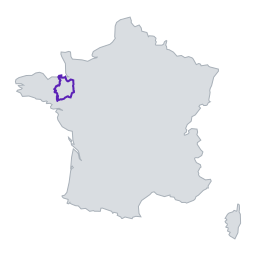 France, with Ille-et-Vilaine highlighted
{"feature_id": "FRA-5308", "entity_name": "Ille-et-Vilaine", "entity_type": "Metropolitan department", "adm_level": 1, "iso_a3": "FRA", "parent_name": "France", "parent_adm1": "", "projection": "mercator", "projection_center": [-1.688, 48.172], "detail": "fine", "context": "in_parent", "style": "outline", "palette": "violet", "viewbox_px": 256, "rotation_deg": 0, "n_neighbors": 0, "source": "natural_earth", "source_scale": "10m", "svg_char_len": 5812}
<svg xmlns="http://www.w3.org/2000/svg" viewBox="0 0 256 256"><path d="M210.2,101.8L208.3,102.8L207.1,105.0L205.9,105.5L203.7,105.5L202.6,104.2L200.0,105.0L198.9,106.4L200.5,108.1L195.3,114.9L191.9,116.7L191.2,121.2L187.3,124.5L185.8,128.0L185.7,128.7L186.7,129.8L186.3,132.1L184.3,133.5L184.3,135.0L184.9,135.2L187.9,134.0L189.1,132.7L188.4,130.8L191.5,128.6L197.0,129.1L197.6,132.1L196.9,134.7L200.8,140.1L197.4,142.6L197.2,144.3L200.7,149.7L202.9,151.9L201.7,155.5L198.0,157.8L195.7,157.6L194.6,158.2L194.7,159.3L196.4,162.6L200.4,164.7L201.0,167.1L199.9,168.0L198.0,171.7L198.8,173.5L198.5,174.3L198.9,175.6L200.0,176.8L205.5,179.9L210.5,179.3L211.2,181.1L208.1,185.9L208.3,188.0L206.7,188.0L206.4,188.8L203.3,190.4L198.4,195.2L196.0,196.6L195.1,199.0L193.7,200.3L186.6,203.1L185.2,202.4L181.8,202.5L179.6,200.8L175.4,199.7L174.1,197.2L170.2,196.7L170.0,195.0L164.5,196.6L156.8,194.3L154.1,191.8L151.9,192.4L149.9,194.6L141.6,200.5L138.4,206.4L139.0,213.4L140.9,216.8L135.8,216.3L132.8,217.3L132.1,218.7L125.0,217.0L122.3,218.5L121.6,218.4L120.7,216.9L117.2,215.3L117.7,214.1L117.2,213.1L113.9,212.3L112.8,213.3L111.6,211.3L102.4,208.1L100.9,208.2L100.3,211.3L94.3,211.2L93.5,210.6L89.7,211.3L85.6,208.4L81.1,208.9L78.3,205.9L75.6,205.7L71.8,204.2L70.1,203.3L69.9,202.4L68.7,203.8L67.3,203.5L67.0,203.1L67.9,201.4L68.1,199.4L63.4,198.0L62.1,196.6L62.1,195.8L64.6,195.2L66.9,192.4L69.1,182.5L70.7,170.6L71.9,168.4L73.4,167.7L72.2,166.1L70.7,168.3L71.6,157.3L73.3,148.9L77.3,152.4L78.3,153.8L79.4,158.8L81.7,160.8L80.2,158.8L78.8,152.3L77.9,150.4L71.5,144.9L71.3,143.6L74.1,144.3L72.9,140.1L72.3,131.3L68.4,130.4L62.2,126.7L57.9,119.9L57.4,117.4L58.5,114.7L57.6,113.0L55.7,111.8L57.1,109.4L58.4,109.2L62.9,110.5L59.2,108.3L53.3,109.1L50.9,108.3L50.5,106.7L52.1,104.6L50.1,103.3L46.7,103.6L46.3,103.1L47.3,101.6L46.4,101.0L43.7,101.6L42.1,101.1L40.6,99.4L36.1,99.0L35.1,98.0L28.9,96.0L22.4,96.4L20.6,93.0L16.7,91.3L17.5,90.2L21.4,89.2L22.2,88.2L19.3,86.8L18.3,85.4L23.6,85.1L21.2,83.6L16.0,83.7L15.4,81.6L16.0,79.5L19.0,77.6L26.4,75.5L31.9,75.4L35.7,73.0L39.5,72.3L43.0,73.5L47.9,79.5L51.8,76.9L57.6,77.0L58.8,78.5L60.3,75.7L61.6,77.3L68.7,76.8L67.0,75.7L65.7,73.1L65.4,63.6L61.8,56.7L60.9,54.1L61.1,52.0L65.3,52.4L68.8,51.4L70.5,52.0L70.9,56.5L72.4,59.1L82.1,59.9L87.7,61.3L92.5,58.8L96.9,57.7L97.2,57.1L94.7,57.3L92.4,56.2L92.0,55.0L93.3,51.5L100.0,47.6L109.9,44.3L112.5,42.1L115.4,38.1L114.7,37.0L115.2,26.0L116.6,22.4L120.4,19.7L130.1,17.1L131.3,20.6L131.2,22.6L133.7,25.7L135.0,26.7L139.2,25.0L141.2,27.9L141.8,31.2L146.9,32.5L148.4,36.7L149.3,35.8L152.5,36.0L154.0,36.3L156.0,38.2L155.4,40.7L156.3,41.9L155.4,44.2L156.0,45.2L161.9,45.2L163.6,44.2L164.4,41.9L166.2,40.5L166.8,40.9L165.7,45.2L166.5,46.3L166.9,49.4L169.1,49.7L173.4,52.1L177.0,56.2L181.4,55.5L184.9,57.7L188.6,56.6L192.0,57.8L193.2,59.0L196.3,64.6L198.8,63.5L200.5,64.2L201.1,65.8L207.6,64.8L208.8,66.4L210.1,67.0L218.4,69.1L218.4,71.2L213.7,77.2L211.6,85.6L210.2,88.5L209.7,90.7L210.1,92.2L209.8,94.5L208.8,99.9L209.4,101.5L210.2,101.8ZM239.5,208.8L239.1,211.9L240.3,214.2L240.6,223.2L238.3,227.5L237.9,232.8L234.9,238.9L230.3,236.2L228.9,234.7L230.2,232.3L227.5,231.0L228.2,228.7L227.9,227.6L226.0,227.4L225.9,226.8L227.3,225.1L227.3,223.9L225.5,222.6L225.1,221.3L226.9,219.9L226.1,218.7L225.1,218.4L227.5,214.3L229.1,213.0L232.7,211.9L234.1,210.4L236.5,211.2L236.9,210.8L237.7,204.2L238.5,204.2L239.3,205.0L239.5,208.8ZM71.8,140.6L71.2,142.5L68.8,139.1L68.5,137.3L71.8,140.6Z" fill="#d9dde1" stroke="#a8b0b8" stroke-width="1"/><path d="M59.6,79.5L59.4,79.3L59.4,79.1L59.2,78.7L59.2,78.3L59.3,78.3L59.4,78.5L59.6,78.6L59.5,78.4L59.3,78.2L59.2,78.2L58.8,78.0L58.5,77.3L58.4,77.0L58.4,76.8L58.6,76.6L58.7,76.4L59.0,76.4L59.0,76.1L59.1,75.9L59.8,75.9L59.7,75.7L61.3,75.4L61.3,75.5L61.2,75.6L61.3,75.7L61.4,75.9L61.0,76.5L61.0,77.1L61.4,77.5L62.1,77.7L63.2,77.7L64.4,77.5L65.2,77.1L65.3,77.0L65.4,77.3L65.4,77.6L65.6,77.9L65.8,78.4L65.9,78.7L66.0,78.8L66.1,79.2L66.1,79.4L66.3,79.7L66.7,80.5L66.9,80.7L67.2,80.9L67.4,81.1L67.5,81.2L67.8,81.3L68.1,81.3L68.6,81.1L68.8,81.0L69.1,80.6L69.3,80.5L69.7,80.4L69.8,80.3L69.9,80.2L70.1,80.1L70.3,79.7L70.7,79.5L71.1,79.6L72.7,80.0L72.9,80.3L73.3,80.4L73.3,81.4L73.3,81.8L73.3,82.2L73.5,84.0L73.5,84.5L73.4,84.8L73.1,85.5L73.0,85.9L73.0,86.1L73.1,86.3L73.2,86.6L73.3,86.7L73.3,86.8L73.3,87.3L73.5,88.1L73.5,88.3L73.4,88.4L73.4,88.5L73.5,90.1L73.5,90.3L73.8,90.6L73.9,90.8L73.9,91.2L73.9,91.5L74.0,91.9L74.0,92.1L73.9,92.2L73.8,92.3L73.7,92.4L73.5,92.5L73.4,92.5L72.8,92.5L72.6,92.6L72.3,92.7L72.2,92.9L71.9,93.2L71.9,93.3L71.8,93.5L71.7,93.8L71.5,94.6L71.4,95.0L71.3,95.3L71.2,95.6L71.0,96.2L71.0,96.4L70.9,96.5L70.6,97.4L69.0,97.1L68.8,97.0L68.6,96.9L68.6,96.7L68.4,96.5L68.3,96.4L68.1,96.4L67.8,96.3L67.3,96.4L67.1,96.5L66.9,96.7L65.3,97.5L64.9,97.7L64.8,97.9L64.7,98.0L64.5,98.3L64.2,98.6L63.8,98.8L61.9,99.4L61.7,99.5L61.4,99.4L61.0,99.2L59.8,99.6L59.5,99.8L59.0,99.8L58.5,99.9L58.4,99.9L58.3,100.0L58.1,100.2L57.6,100.4L57.4,100.8L57.2,100.7L57.2,100.0L57.1,99.8L57.0,99.5L56.9,99.3L56.9,98.9L56.9,98.7L57.0,98.5L57.3,98.5L57.6,98.5L57.8,98.4L57.9,98.2L57.7,97.9L57.1,97.9L56.9,97.8L56.9,97.5L57.0,97.4L57.6,97.2L57.8,97.0L57.9,96.8L58.0,96.4L58.0,96.1L57.9,95.8L57.7,95.8L57.1,95.8L57.2,95.5L57.2,94.8L57.3,94.3L57.3,94.1L57.2,93.8L57.2,93.5L57.1,93.3L56.9,93.1L56.2,92.6L54.8,92.3L54.6,92.1L54.6,91.7L54.8,91.3L55.8,91.0L56.0,90.7L55.9,90.4L55.6,90.3L55.3,90.4L55.1,90.4L55.0,90.2L54.7,89.6L54.6,89.4L54.3,89.1L54.5,88.9L54.9,88.6L55.2,88.4L55.3,88.1L55.4,87.5L55.5,87.3L55.8,87.1L56.0,86.4L56.2,86.2L56.3,86.1L57.0,86.1L57.2,85.9L57.4,85.5L57.8,85.3L58.2,85.3L58.7,85.6L59.1,85.6L59.4,85.1L59.5,84.9L59.4,84.4L59.4,84.2L59.6,84.1L59.8,84.0L59.9,83.8L59.9,83.6L59.6,82.2L59.7,81.7L60.1,81.1L60.3,80.7L60.3,80.3L60.0,79.4L59.9,79.2L59.6,79.5Z" fill="none" stroke="#5b21b6" stroke-width="2"/></svg>